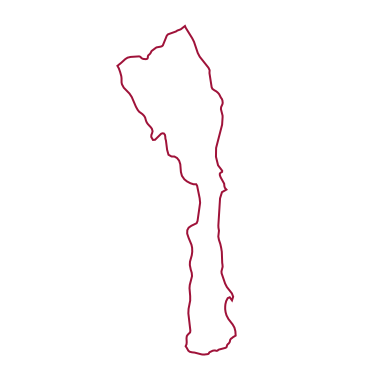 map outline of Prachuap Khiri Khan (Equal Earth projection), rotated 339°
{"feature_id": "THA-420", "entity_name": "Prachuap Khiri Khan", "entity_type": "Province", "adm_level": 1, "iso_a3": "THA", "parent_name": "Thailand", "parent_adm1": "", "projection": "equal_earth", "projection_center": [99.562, 11.796], "detail": "fine", "context": "isolated", "style": "outline", "palette": "rose", "viewbox_px": 384, "rotation_deg": 339, "n_neighbors": 0, "source": "natural_earth", "source_scale": "10m", "svg_char_len": 2936}
<svg xmlns="http://www.w3.org/2000/svg" viewBox="0 0 384 384"><g transform="rotate(339 192 192)"><path d="M176.2,130.0L174.2,129.4L173.7,126.0L174.5,124.2L175.8,122.8L177.0,121.1L177.2,118.5L176.7,116.7L175.2,113.0L174.7,111.0L174.6,109.0L174.9,105.6L174.5,103.6L173.6,101.5L171.4,98.1L170.7,95.8L170.2,92.2L169.8,81.8L168.9,77.7L165.7,70.2L165.2,66.4L165.5,64.5L167.0,60.5L167.5,58.5L167.9,54.3L168.0,50.4L167.6,47.5L172.0,46.1L177.4,44.0L180.0,43.5L183.1,43.9L190.8,46.3L191.3,46.5L191.7,46.8L192.1,47.2L192.4,47.7L192.8,48.8L193.3,49.5L194.2,50.3L196.4,51.4L197.4,51.6L198.2,51.5L198.6,51.1L198.9,50.7L199.4,49.6L199.7,49.2L200.1,48.8L202.0,48.1L203.0,47.5L203.8,46.8L204.5,46.1L205.1,45.8L210.0,44.4L210.8,44.3L215.0,45.1L216.1,45.1L216.8,44.9L217.3,44.7L223.4,38.2L223.7,37.8L224.2,37.3L224.9,36.8L226.1,36.2L234.5,36.4L236.2,36.0L239.2,36.1L240.1,36.0L244.9,34.5L245.0,36.5L247.3,48.6L247.7,52.5L247.2,64.3L247.7,68.5L251.9,81.9L252.1,84.6L250.9,87.3L247.9,101.2L248.0,103.0L249.3,105.0L250.7,106.7L251.7,108.5L252.4,110.4L252.8,114.3L253.2,115.7L253.2,117.5L252.6,119.8L251.9,120.9L249.6,123.2L248.7,125.0L247.9,131.7L247.3,133.3L244.2,140.0L230.3,159.5L227.0,167.7L225.9,176.4L227.8,183.0L227.3,184.0L225.4,184.3L224.4,185.1L224.0,186.5L224.0,188.6L225.0,195.7L224.7,196.8L224.3,198.2L224.2,199.9L225.0,202.1L219.9,202.9L215.9,208.0L204.6,232.7L203.9,234.8L203.3,237.8L200.6,243.0L200.0,246.3L199.8,250.7L199.2,254.7L198.4,258.5L194.8,269.0L194.4,270.8L193.8,272.8L191.1,276.6L190.5,278.5L190.1,289.3L190.5,293.2L192.9,301.0L192.9,304.5L190.5,307.5L189.5,303.8L187.3,303.9L184.8,306.1L183.0,308.7L182.0,310.7L181.0,313.2L180.3,316.2L180.0,319.6L180.5,323.7L182.5,330.4L183.0,333.8L182.6,337.5L181.3,341.7L177.9,342.3L177.3,342.6L175.9,342.9L175.4,343.2L175.0,343.5L174.6,343.8L174.3,344.3L174.0,344.8L173.7,345.2L173.4,345.6L172.6,346.2L171.7,346.7L171.1,346.8L170.2,347.3L169.5,348.1L168.8,349.0L168.5,349.3L167.5,349.5L161.0,348.8L160.0,348.8L159.5,349.1L159.0,349.2L158.4,349.2L157.8,349.0L156.9,348.3L156.0,347.9L154.4,347.6L150.9,347.9L150.5,348.1L149.8,348.8L149.1,349.0L148.2,348.9L146.3,348.4L145.3,348.2L144.0,347.7L142.7,347.0L136.8,342.8L134.6,341.7L132.6,340.3L132.1,339.5L131.7,338.8L131.2,335.4L130.8,333.7L132.3,332.2L133.2,330.4L134.5,326.5L135.5,324.7L136.9,323.7L139.9,322.4L140.8,320.8L145.1,304.0L146.9,299.9L151.4,292.7L153.0,288.5L155.2,280.9L156.6,278.0L161.9,270.5L162.8,267.3L163.0,264.1L163.8,259.4L165.1,256.4L169.1,251.0L170.8,247.9L172.1,244.2L172.6,241.1L172.4,233.5L172.6,229.1L173.9,226.0L176.1,224.1L179.3,223.3L185.1,222.8L186.8,221.0L195.7,205.0L196.9,200.6L199.0,188.1L198.7,186.3L196.3,185.4L193.6,183.2L191.1,180.3L189.4,177.4L188.4,173.3L188.8,169.4L191.0,161.9L191.2,158.1L190.2,154.9L188.3,152.6L185.6,151.5L183.4,148.8L183.9,143.6L186.1,134.7L186.3,132.6L186.9,130.7L187.2,128.9L186.7,127.3L185.4,126.6L184.0,126.6L176.2,130.0Z" fill="none" stroke="#9f1239" stroke-width="2"/></g></svg>